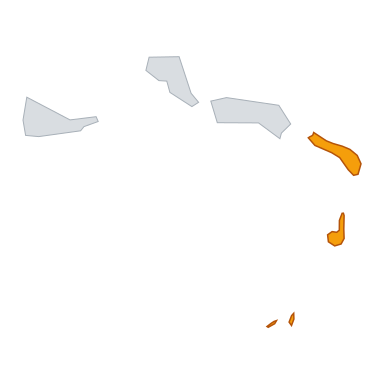 South Caicos and East Caicos highlighted on a map of Turks and Caicos Islands
{"feature_id": "TCA-5006", "entity_name": "South Caicos and East Caicos", "entity_type": "state/province", "adm_level": 1, "iso_a3": "TCA", "parent_name": "Turks and Caicos Islands", "parent_adm1": "", "projection": "albers", "projection_center": [-71.559, 21.528], "detail": "fine", "context": "in_parent", "style": "filled", "palette": "amber", "viewbox_px": 384, "rotation_deg": 0, "n_neighbors": 0, "source": "natural_earth", "source_scale": "10m", "svg_char_len": 1067}
<svg xmlns="http://www.w3.org/2000/svg" viewBox="0 0 384 384"><path d="M281.4,133.1L279.9,138.7L258.5,122.9L217.3,122.7L210.8,101.1L226.5,97.6L278.8,105.3L290.7,124.0L281.4,133.1ZM26.8,97.2L70.0,119.9L96.1,116.7L98.2,121.5L84.0,126.6L80.6,130.8L38.7,136.6L25.6,135.4L23.0,120.1L26.8,97.2ZM198.6,102.3L191.9,106.6L169.9,92.4L166.8,81.1L158.9,80.6L145.9,70.4L149.1,57.2L179.1,56.7L191.1,93.3L198.6,102.3Z" fill="#d9dde1" stroke="#a8b0b8" stroke-width="1"/><path d="M339.7,157.6L331.7,152.7L314.9,145.4L308.3,137.8L310.1,136.6L311.6,136.0L312.9,134.9L313.7,132.5L326.3,140.8L333.0,143.5L342.3,146.2L349.9,149.4L357.2,155.4L361.0,163.8L358.0,174.3L353.6,175.3L348.3,169.8L339.7,157.6ZM343.4,213.2L344.1,215.6L343.8,229.2L344.1,238.5L341.1,244.0L334.7,245.9L328.4,241.8L327.6,234.8L332.1,231.6L336.7,232.3L339.3,230.2L339.4,220.4L342.1,213.3L343.4,213.2ZM291.6,315.6L293.7,313.3L293.9,319.1L291.5,325.5L289.1,322.1L291.6,315.6ZM271.2,323.3L274.1,321.4L276.5,320.6L274.7,323.7L268.2,327.3L267.0,326.5L271.2,323.3Z" fill="#f59e0b" stroke="#b45309" stroke-width="1.5"/></svg>